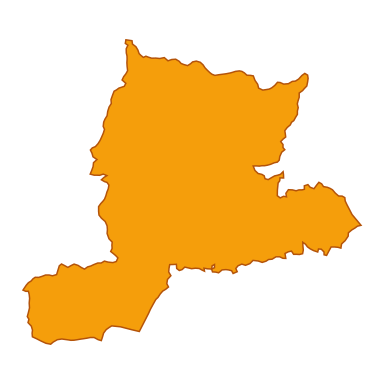 outline of Passos Maia, Santa Catarina, Brazil
{"feature_id": "56859067B50733681280020", "entity_name": "Passos Maia", "entity_type": "district", "adm_level": 2, "iso_a3": "BRA", "parent_name": "Brazil", "parent_adm1": "Santa Catarina", "projection": "albers", "projection_center": [-51.953, -26.703], "detail": "fine", "context": "isolated", "style": "filled", "palette": "amber", "viewbox_px": 384, "rotation_deg": 0, "n_neighbors": 0, "source": "geoboundaries", "source_scale": "gbopen_adm2", "svg_char_len": 4589}
<svg xmlns="http://www.w3.org/2000/svg" viewBox="0 0 384 384"><path d="M125.9,39.8L125.3,43.4L127.9,45.2L126.2,48.8L126.3,53.0L127.0,55.9L127.1,59.0L126.9,62.7L127.1,66.3L127.6,70.7L125.9,73.8L123.7,76.6L122.1,80.0L125.8,83.3L124.3,86.3L121.7,87.2L118.9,88.1L116.5,89.9L114.1,91.2L112.7,94.8L111.0,99.6L111.3,103.5L109.1,107.0L107.7,111.4L107.1,115.7L105.0,119.1L103.7,122.1L103.2,126.4L104.5,129.3L103.3,133.2L101.7,136.9L100.1,140.4L98.0,143.7L95.4,146.6L92.3,147.9L90.4,150.0L92.0,153.3L93.0,156.8L97.0,159.5L93.5,162.7L93.1,166.6L91.7,170.5L90.2,174.1L94.2,175.2L97.1,175.2L99.7,175.3L103.2,174.1L106.9,175.6L104.0,177.4L101.4,179.8L104.5,181.6L107.0,182.4L108.9,185.1L108.2,189.0L106.9,192.1L105.9,195.7L104.5,199.2L102.8,201.4L100.8,203.5L98.6,206.6L98.6,211.5L99.0,215.1L101.5,218.3L105.2,221.5L107.1,225.8L107.4,229.6L107.1,233.5L109.0,238.8L112.2,242.1L111.9,245.1L112.1,248.5L110.7,251.5L113.1,253.4L115.6,255.5L117.9,257.9L116.3,261.5L112.9,262.6L108.1,262.1L104.4,261.1L101.2,263.0L97.8,263.0L93.5,264.7L90.8,266.0L87.6,266.9L84.5,269.1L81.3,267.5L78.1,265.4L74.1,264.1L71.0,265.6L67.9,267.4L64.8,265.7L61.5,264.0L59.3,265.8L58.0,270.0L56.6,274.6L52.4,275.8L49.1,275.0L45.6,275.0L41.9,276.4L38.7,277.4L35.2,277.3L33.0,278.8L31.1,281.0L28.4,282.7L26.4,285.0L24.5,287.8L23.0,290.1L25.7,291.3L28.4,291.3L29.2,294.4L29.6,298.4L29.2,303.1L29.5,307.9L28.4,312.5L27.3,316.6L28.9,319.2L28.0,322.6L31.3,326.1L32.5,330.1L32.1,333.2L32.4,336.8L36.5,338.7L41.2,341.1L46.0,343.3L50.7,344.2L53.3,342.0L57.3,339.7L61.8,339.0L68.4,339.9L70.9,340.3L74.0,340.2L77.3,339.7L80.1,339.2L83.0,338.8L86.8,338.2L90.3,337.5L94.1,337.5L98.2,339.7L101.3,340.6L102.4,337.3L103.6,333.1L106.2,329.6L109.1,327.5L111.7,325.9L120.5,326.8L131.7,329.7L139.3,331.5L148.5,313.5L150.5,309.1L153.0,304.5L155.8,299.5L158.0,297.4L160.2,294.0L162.7,291.1L165.8,289.2L168.5,287.0L166.8,283.7L167.5,279.4L170.9,275.7L168.7,272.0L169.0,268.4L169.7,264.6L173.1,264.5L176.4,264.3L176.7,268.5L179.3,270.5L182.1,269.6L184.8,267.1L188.3,267.9L191.6,268.7L195.4,268.2L199.2,268.5L202.1,270.1L204.5,271.2L204.0,268.2L207.4,268.8L211.6,269.0L212.5,271.9L215.7,272.1L218.6,272.8L222.1,269.9L225.9,269.6L228.4,269.9L231.6,270.7L233.1,273.5L237.2,271.7L235.8,268.5L238.0,265.8L241.8,264.1L245.5,265.3L249.9,263.6L253.0,260.4L258.2,261.0L262.2,262.4L266.0,261.2L268.6,259.5L272.1,259.2L276.0,256.8L279.7,256.8L282.9,258.3L285.8,258.4L285.0,253.5L288.3,251.8L291.5,251.1L293.6,254.3L296.4,254.3L299.4,254.5L302.6,253.7L303.3,250.0L302.9,245.9L302.8,242.3L305.5,244.2L307.4,246.8L310.1,248.8L313.6,250.6L317.7,252.0L318.5,249.0L321.3,249.2L324.0,252.0L324.1,254.8L326.6,255.4L329.0,250.8L331.1,247.0L334.8,247.0L338.0,247.3L340.9,248.1L341.6,243.9L345.1,240.7L348.2,236.1L348.4,232.8L351.7,230.0L355.0,228.0L357.4,226.2L361.0,225.3L352.0,214.5L349.5,209.6L347.1,205.0L345.2,201.0L344.8,197.6L342.1,196.1L338.6,196.0L335.3,193.1L332.5,189.8L330.1,188.4L327.4,187.3L323.5,186.6L321.6,183.8L318.9,182.3L316.7,185.0L314.0,188.7L310.2,187.3L307.9,184.6L304.3,185.8L304.4,189.3L302.0,189.9L298.9,189.9L296.1,190.8L292.5,189.9L288.4,189.7L285.9,193.3L286.5,196.8L283.6,196.3L280.2,197.9L277.3,195.7L277.4,190.1L277.8,186.0L278.1,183.0L279.7,180.8L280.0,177.9L283.6,178.0L283.5,174.6L283.1,171.7L280.5,174.3L277.7,175.2L274.6,175.9L271.4,177.7L268.2,179.6L265.0,178.7L264.2,175.8L261.9,174.4L258.1,173.5L254.9,170.4L253.2,166.0L256.1,165.9L259.4,166.1L262.0,165.7L264.6,165.7L267.4,165.2L270.6,164.3L274.2,162.8L277.4,162.1L279.2,160.2L279.8,156.5L281.7,152.2L284.8,149.7L283.0,147.6L283.0,144.5L280.7,141.6L283.2,139.0L285.7,137.0L285.3,133.8L284.8,130.7L287.2,127.5L290.3,124.9L291.5,122.3L293.8,120.6L295.6,117.3L297.4,114.4L297.4,111.0L298.2,107.7L297.3,103.9L298.0,101.0L299.2,97.3L299.2,93.0L302.6,90.6L304.3,88.6L306.8,86.0L307.6,82.0L308.1,78.4L307.6,75.1L304.8,73.4L301.9,75.5L298.6,79.1L295.4,81.1L292.3,81.4L288.4,83.7L283.7,84.1L280.1,82.5L277.5,82.3L274.8,85.4L271.8,87.8L269.2,89.1L266.1,89.6L262.8,90.1L258.6,88.1L257.7,84.3L255.0,80.4L253.3,75.9L250.7,75.4L246.9,75.2L244.4,72.9L241.9,71.4L239.4,70.9L235.4,71.4L232.6,72.3L230.1,73.0L225.9,73.8L222.1,74.3L219.0,74.7L214.9,75.4L211.9,74.2L209.8,72.6L207.4,70.3L205.0,67.8L203.1,64.9L200.3,62.3L196.3,61.1L192.6,61.9L190.6,63.7L187.6,65.6L183.7,64.5L181.0,63.4L179.2,61.3L175.7,59.2L171.8,59.5L168.0,60.8L164.3,57.6L159.8,58.5L155.7,58.1L151.7,58.2L148.2,57.1L145.9,56.2L143.4,57.4L140.9,55.4L139.1,53.6L137.9,50.1L135.9,46.7L132.5,44.1L132.0,40.7L125.9,39.8ZM211.6,269.0L212.1,265.8L214.5,264.5L214.5,267.7L211.6,269.0Z" fill="#f59e0b" stroke="#b45309" stroke-width="1.5"/></svg>